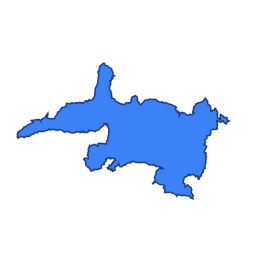 the district of Zacualtipán de Ángeles, Hidalgo, Mexico, rotated 211°
{"feature_id": "50627088B25803309385917", "entity_name": "Zacualtipán de Ángeles", "entity_type": "district", "adm_level": 2, "iso_a3": "MEX", "parent_name": "Mexico", "parent_adm1": "Hidalgo", "projection": "albers", "projection_center": [-98.564, 20.652], "detail": "fine", "context": "isolated", "style": "filled", "palette": "blue", "viewbox_px": 256, "rotation_deg": 211, "n_neighbors": 0, "source": "geoboundaries", "source_scale": "gbopen_adm2", "svg_char_len": 5815}
<svg xmlns="http://www.w3.org/2000/svg" viewBox="0 0 256 256"><g transform="rotate(211 128 128)"><path d="M166.5,165.7L168.6,166.0L169.3,167.7L170.3,168.6L171.3,168.8L172.5,170.3L176.6,170.2L178.1,170.7L179.7,169.8L181.0,170.6L181.3,171.3L182.7,170.6L182.7,169.4L183.8,167.1L183.2,163.7L182.1,162.1L182.8,161.0L182.2,160.6L181.9,159.5L180.6,158.8L176.8,149.9L176.3,145.0L173.2,138.4L172.8,136.3L173.4,133.2L174.9,132.1L175.8,132.3L175.7,131.8L176.8,130.3L176.2,129.9L176.7,129.4L177.7,129.7L178.4,129.4L179.0,126.4L180.1,126.2L180.4,125.4L181.4,125.5L183.1,124.8L183.8,124.1L183.8,123.2L185.9,122.8L186.6,121.4L187.5,120.8L189.1,120.9L189.6,119.7L190.8,118.5L192.9,117.9L193.4,117.4L192.5,115.9L192.9,113.1L194.6,112.2L195.2,111.3L195.4,108.2L195.1,107.0L196.4,105.5L195.8,102.6L196.2,100.1L195.5,98.2L198.0,96.8L198.4,96.2L202.2,95.0L203.3,96.6L203.4,98.2L204.3,99.4L204.7,93.5L206.0,92.0L206.9,89.8L206.0,88.9L208.5,89.6L210.3,88.0L211.7,87.3L212.9,85.7L214.2,85.3L214.8,84.6L212.2,83.8L215.3,79.2L216.4,76.5L217.7,75.2L217.9,71.9L219.8,69.0L219.5,68.0L220.1,67.5L219.4,66.2L219.6,65.4L218.5,64.4L218.4,63.4L217.2,62.6L215.6,65.6L211.9,66.5L210.8,68.7L208.0,70.0L207.9,71.4L207.2,72.8L205.6,74.2L205.9,75.9L203.4,77.0L203.0,79.0L199.1,81.2L195.3,85.4L195.2,86.6L194.7,86.8L193.9,86.1L192.9,87.2L192.2,87.3L191.3,88.7L190.5,89.0L189.7,88.6L188.5,89.7L187.2,89.6L185.9,91.6L185.3,91.4L183.6,92.1L180.5,91.6L179.1,93.3L177.6,93.6L177.0,94.2L173.9,94.7L171.9,95.7L171.5,97.1L169.8,97.9L170.0,98.7L169.4,99.3L166.2,99.6L166.0,99.9L166.4,100.5L165.0,101.0L165.3,101.5L164.6,102.3L163.2,101.4L161.8,102.8L160.8,102.9L160.0,104.5L160.2,105.7L159.5,105.6L159.1,106.6L158.1,106.7L156.7,107.8L154.3,107.9L154.0,109.0L151.8,112.0L151.7,113.6L150.2,117.7L150.3,118.7L150.9,119.2L149.1,120.8L148.8,120.7L149.1,120.2L148.9,120.4L148.5,119.6L148.0,120.5L147.3,120.4L146.9,119.8L147.1,119.3L146.2,119.5L145.4,118.1L143.2,116.9L143.1,115.8L141.3,112.8L140.1,108.8L139.3,107.6L139.5,105.9L138.5,102.8L140.9,102.1L144.9,100.0L145.7,98.6L144.7,96.9L148.5,96.7L149.3,95.1L150.6,94.3L150.5,92.8L151.1,92.4L151.8,92.9L151.1,88.9L150.9,89.7L150.8,88.8L149.5,88.0L149.9,86.7L148.6,84.8L149.0,84.0L146.7,82.3L146.1,81.2L149.5,80.1L149.8,78.3L147.4,77.7L145.3,74.7L143.1,73.9L139.5,73.5L138.4,72.2L137.0,72.2L136.4,74.0L135.5,74.1L135.4,75.5L133.7,76.0L132.0,77.5L130.2,79.9L131.3,81.8L131.1,83.3L129.7,84.4L130.3,85.5L130.8,85.7L129.8,88.1L130.9,89.8L130.0,89.9L130.2,92.0L128.7,92.7L128.2,92.3L127.7,93.0L127.1,92.8L127.2,93.4L126.5,93.3L126.1,94.2L123.8,94.5L123.5,95.1L122.0,94.1L123.0,93.2L122.5,92.3L123.1,91.7L122.7,90.5L123.3,90.5L123.1,89.6L123.5,89.0L122.9,88.1L122.9,87.3L124.8,86.7L124.4,86.3L124.8,86.0L124.4,84.0L125.3,83.2L123.9,82.5L122.9,83.1L122.8,83.8L121.5,83.9L121.3,83.6L121.3,83.9L120.4,83.4L120.1,84.1L118.9,83.0L117.3,85.1L118.9,87.1L119.2,88.2L118.7,88.3L117.8,90.2L117.4,91.8L117.8,92.6L115.0,90.8L114.3,90.9L113.2,91.9L112.6,94.1L111.5,94.4L110.6,97.3L109.1,98.8L108.1,99.0L108.0,100.0L106.8,101.3L107.0,101.6L105.8,102.3L102.8,102.8L102.5,103.3L99.6,104.6L98.3,105.9L94.8,107.4L90.2,107.5L89.6,108.4L87.3,109.0L86.7,109.6L84.7,109.8L84.2,109.4L82.1,110.7L81.0,110.9L80.8,110.6L79.4,111.5L77.2,111.3L79.1,109.9L80.0,109.9L81.5,105.6L81.1,104.3L80.5,103.9L79.8,99.1L77.7,97.6L78.3,93.0L77.8,93.0L77.5,94.5L76.0,96.0L71.2,96.0L69.8,97.1L67.0,97.4L66.7,96.3L67.1,95.3L66.0,94.5L64.8,94.6L63.4,91.5L58.7,94.6L55.0,95.5L52.7,95.4L51.1,94.7L51.4,95.8L51.1,96.5L47.4,97.6L44.7,99.4L41.1,100.9L40.4,101.1L38.2,100.4L35.9,100.8L37.2,102.0L37.2,103.6L41.0,105.5L41.4,107.8L43.4,109.4L45.5,109.3L47.6,110.1L48.7,106.9L50.8,109.6L52.7,109.3L54.1,113.9L54.1,115.2L52.4,117.2L52.6,119.4L52.1,119.5L51.6,118.9L51.3,119.3L50.0,119.3L49.9,120.4L49.2,121.2L46.9,121.8L44.8,121.0L44.0,122.6L43.3,122.7L42.3,120.9L40.4,120.0L41.0,120.6L40.9,122.1L41.3,123.6L40.4,124.8L41.4,125.9L40.9,129.1L41.4,129.2L41.9,132.0L41.1,133.3L42.8,135.5L43.3,138.0L44.8,140.4L44.8,141.3L45.8,142.1L45.8,143.4L46.7,144.4L47.6,144.6L47.6,145.3L48.2,145.6L48.0,146.7L50.6,146.7L50.9,152.4L52.1,153.2L54.3,152.7L54.1,155.4L54.3,155.8L55.8,156.4L56.0,157.0L55.1,159.8L56.3,162.2L55.3,162.6L54.0,164.2L54.7,165.1L54.1,165.7L55.4,167.4L55.7,169.1L53.9,171.3L52.5,171.5L51.0,173.0L54.0,178.3L55.9,179.9L54.3,180.4L51.7,180.5L50.0,183.1L48.0,181.9L45.7,182.2L46.0,184.7L44.9,186.1L46.0,185.9L47.4,186.3L48.7,187.9L51.2,186.4L52.7,187.2L55.6,187.4L55.6,186.7L54.2,184.1L52.8,182.9L56.5,182.9L58.5,185.5L58.7,186.9L60.0,188.2L61.4,188.6L62.9,189.8L63.6,189.2L63.1,187.6L64.5,186.7L65.2,184.8L65.9,185.1L66.8,187.3L67.7,187.8L68.6,189.2L72.1,189.7L73.4,191.8L77.1,193.4L77.2,190.6L78.0,188.4L81.7,184.6L82.1,183.7L81.9,182.2L82.5,179.9L81.5,178.4L81.7,177.9L81.1,177.0L80.9,175.3L80.7,174.8L79.9,175.0L78.8,174.6L79.5,174.1L79.9,172.0L81.9,171.8L83.2,169.8L84.3,169.2L86.5,170.0L88.1,169.6L88.5,168.9L89.2,169.3L90.0,169.1L90.6,167.8L90.4,165.0L92.3,167.9L93.7,166.7L94.2,167.2L94.0,168.0L95.1,168.3L95.8,167.8L97.7,169.0L97.0,170.4L99.2,170.9L100.3,170.4L102.4,170.5L106.9,169.2L107.7,169.5L111.5,167.4L111.8,168.0L112.4,167.9L113.2,166.9L114.8,166.3L115.7,166.6L116.8,166.0L118.6,166.9L119.3,166.7L119.6,166.2L124.3,163.9L125.4,162.1L126.9,161.5L127.8,160.2L129.0,154.3L134.3,156.3L134.5,157.3L136.4,159.4L138.6,159.5L138.8,158.3L140.1,157.6L140.4,156.1L139.9,153.7L139.0,153.3L139.2,152.3L138.8,151.6L139.1,150.5L140.1,150.3L140.4,149.2L141.2,149.4L142.8,148.5L142.5,147.1L144.1,145.9L146.0,145.3L146.2,144.8L148.0,145.1L148.6,144.5L150.2,144.9L152.5,144.4L154.2,145.9L157.9,145.2L157.8,146.4L159.2,147.6L159.6,148.8L161.0,149.6L161.3,150.5L162.2,150.7L164.6,152.5L165.7,157.5L167.3,158.5L166.9,159.4L167.6,159.6L167.0,160.3L166.7,162.8L167.6,162.4L167.9,163.0L167.2,163.2L167.2,165.0L166.5,165.7Z" fill="#3b82f6" stroke="#1e3a8a" stroke-width="1.5"/></g></svg>